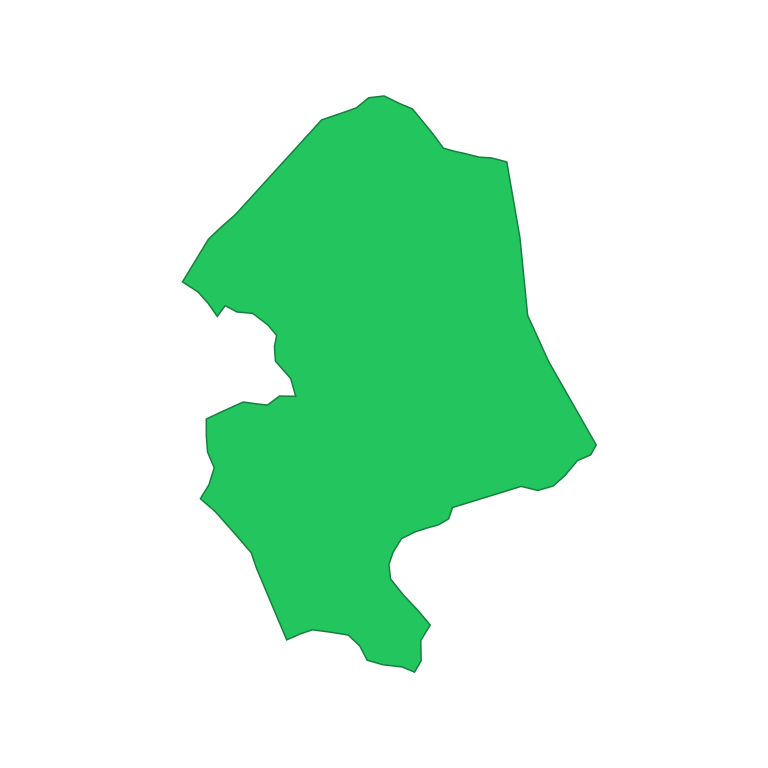 outline of Muniz Ferreira, Bahia, Brazil, rotated 323°
{"feature_id": "56859067B35169228212454", "entity_name": "Muniz Ferreira", "entity_type": "district", "adm_level": 2, "iso_a3": "BRA", "parent_name": "Brazil", "parent_adm1": "Bahia", "projection": "robinson", "projection_center": [-39.098, -13.006], "detail": "fine", "context": "isolated", "style": "filled", "palette": "green", "viewbox_px": 768, "rotation_deg": 323, "n_neighbors": 0, "source": "geoboundaries", "source_scale": "gbopen_adm2", "svg_char_len": 1143}
<svg xmlns="http://www.w3.org/2000/svg" viewBox="0 0 768 768"><g transform="rotate(323 384 384)"><path d="M516.8,560.4L529.0,465.3L540.0,415.7L580.5,349.2L615.7,280.6L605.8,268.0L596.5,260.1L588.0,249.5L580.3,240.5L573.3,231.3L573.6,214.6L572.9,196.3L572.2,181.2L565.5,169.9L557.4,154.0L544.1,146.2L527.9,146.8L509.4,140.9L493.2,135.5L367.1,159.3L348.9,160.6L330.9,162.7L284.5,181.2L290.8,198.4L292.1,213.6L291.5,229.7L304.3,225.9L309.9,238.0L321.6,248.5L326.8,267.0L327.5,280.6L319.1,288.1L311.0,300.4L312.8,323.5L306.1,340.7L293.3,330.7L278.2,330.7L270.1,323.0L260.8,313.7L239.7,308.9L221.0,305.0L210.6,318.9L202.1,332.2L198.0,348.7L183.4,359.2L168.3,365.1L172.4,384.1L174.8,413.9L176.4,438.8L171.2,454.8L152.3,529.8L166.3,533.1L178.9,537.2L191.5,549.6L204.3,562.9L207.0,578.6L204.3,594.5L214.2,607.6L228.0,620.7L235.0,632.5L247.1,627.4L259.0,611.0L275.9,604.3L274.8,584.8L272.5,564.2L271.9,543.7L279.3,531.1L289.9,523.9L305.0,518.0L319.8,520.8L330.9,524.6L342.8,529.3L354.5,530.6L364.4,523.9L431.9,548.3L442.8,561.6L457.8,567.3L473.4,566.0L492.5,561.6L506.5,565.0L516.8,560.4Z" fill="#22c55e" stroke="#15803d" stroke-width="1.5"/></g></svg>